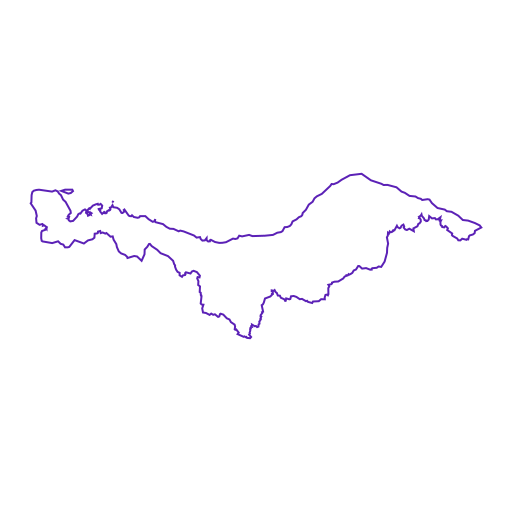 Buleleng, Bali, Indonesia (Natural Earth projection)
{"feature_id": "22746128B19337828575841", "entity_name": "Buleleng", "entity_type": "district", "adm_level": 2, "iso_a3": "IDN", "parent_name": "Indonesia", "parent_adm1": "Bali", "projection": "natural_earth1", "projection_center": [114.942, -8.222], "detail": "fine", "context": "isolated", "style": "outline", "palette": "violet", "viewbox_px": 512, "rotation_deg": 0, "n_neighbors": 0, "source": "geoboundaries", "source_scale": "gbopen_adm2", "svg_char_len": 6031}
<svg xmlns="http://www.w3.org/2000/svg" viewBox="0 0 512 512"><path d="M381.2,266.9L384.6,261.6L387.0,252.8L387.2,247.9L388.1,243.6L386.9,237.3L387.8,235.7L388.0,232.8L388.9,233.6L389.7,231.5L390.5,232.3L391.8,232.0L393.0,231.2L392.7,230.9L393.2,230.2L394.5,230.2L396.9,225.8L397.5,227.1L399.6,228.3L400.5,227.8L401.6,225.7L403.4,224.6L404.2,226.5L403.7,227.6L405.3,229.5L406.9,230.0L409.3,228.7L413.8,231.2L413.4,228.4L417.4,226.3L418.4,223.8L419.5,223.4L420.8,221.6L420.7,219.7L420.0,218.5L419.0,218.2L419.4,217.3L419.0,216.8L420.7,215.7L421.5,214.4L421.8,215.8L424.0,218.4L424.6,220.1L426.0,220.4L426.2,221.1L427.4,221.0L428.7,219.6L429.2,216.1L432.0,218.4L434.9,218.1L435.9,219.4L437.7,219.3L440.4,217.3L439.7,220.1L438.8,220.7L441.1,220.4L440.4,221.8L440.5,224.3L440.9,225.4L442.1,226.1L442.2,227.0L444.2,227.4L445.3,226.0L446.2,226.5L447.9,228.3L447.2,230.0L452.2,233.5L451.9,235.0L452.5,235.8L457.2,238.5L458.3,240.3L460.3,240.4L462.2,238.7L466.5,239.8L467.0,239.2L468.2,239.4L469.0,236.2L469.8,235.4L472.9,234.5L474.6,233.2L475.0,230.8L481.3,227.5L479.7,225.4L474.8,223.0L468.1,220.6L462.8,220.0L458.3,215.7L451.5,211.8L446.8,211.2L444.8,209.6L437.5,208.0L431.9,203.1L429.5,199.6L427.6,199.2L422.2,200.0L420.8,198.8L418.0,198.1L415.5,196.5L409.5,195.9L404.8,192.8L401.5,191.6L396.5,187.3L387.5,184.9L383.6,185.0L381.4,183.8L370.9,180.3L361.6,173.8L350.0,175.2L341.7,179.7L337.6,182.6L333.6,184.2L331.6,184.0L330.2,186.0L321.8,193.9L316.9,196.3L314.5,198.3L312.6,201.8L308.8,204.6L305.9,209.8L302.7,213.0L302.3,214.9L301.3,216.2L298.9,217.2L296.5,219.4L292.6,221.4L291.3,224.4L289.8,226.0L287.3,227.0L284.6,227.2L282.5,231.1L280.9,232.1L277.3,232.7L273.0,234.9L265.0,235.7L252.4,236.1L249.1,234.9L242.1,236.4L239.2,235.7L237.5,238.4L235.3,239.0L233.0,238.6L226.0,242.2L222.3,242.8L219.3,242.9L215.0,242.0L210.8,239.8L209.9,240.3L209.9,241.3L208.2,241.5L206.6,240.2L206.6,238.1L204.8,240.4L202.4,240.6L200.7,239.0L200.0,237.1L196.6,237.6L194.0,235.5L183.6,231.4L180.2,230.6L178.7,231.3L173.5,228.9L169.8,228.7L166.4,226.9L163.0,224.1L155.6,222.2L154.9,221.2L155.3,219.1L154.2,221.4L152.7,221.8L148.6,219.2L145.3,216.1L140.1,216.1L139.3,217.3L137.7,217.8L133.8,217.0L132.0,215.3L131.3,216.2L129.8,216.1L128.7,215.6L124.4,209.5L123.8,210.0L124.3,210.7L124.0,211.8L122.5,213.0L121.5,212.9L119.3,209.3L117.1,207.8L113.3,207.2L112.5,205.2L111.1,207.4L109.9,207.7L110.4,209.4L110.0,210.1L109.0,210.6L108.7,210.2L107.0,211.3L106.7,212.8L105.9,213.3L104.3,213.1L104.7,212.2L104.2,211.9L102.1,213.9L100.1,211.4L100.3,210.3L98.9,209.7L98.7,209.0L101.7,208.3L102.2,205.6L100.6,203.9L99.6,204.6L98.1,204.7L97.8,203.8L95.7,204.4L92.9,205.6L90.6,208.0L89.8,208.1L89.7,208.9L88.9,208.6L87.7,210.0L87.6,212.1L90.0,212.2L91.5,213.2L90.5,213.9L90.7,214.5L89.8,214.0L89.4,215.1L88.0,215.7L87.6,214.1L86.0,212.8L86.4,210.5L85.0,209.4L82.5,210.7L80.4,213.6L79.6,213.4L78.3,214.2L77.1,216.6L73.1,220.9L70.3,221.4L68.8,220.3L68.4,218.8L67.8,218.6L68.7,218.2L69.1,216.8L67.8,216.5L68.7,214.8L70.8,213.0L70.5,210.8L65.6,201.9L63.1,199.6L61.0,195.2L59.1,193.6L57.7,191.4L55.4,190.3L52.1,191.6L39.0,189.7L36.3,190.0L33.8,190.7L32.3,192.1L31.6,195.1L31.4,202.3L30.7,203.3L35.6,210.6L36.8,216.0L36.1,218.3L36.5,222.8L39.6,224.8L42.4,224.0L43.2,224.8L43.0,225.7L44.2,225.3L46.6,227.1L47.6,227.2L46.5,227.5L46.5,228.9L46.0,228.3L45.4,228.8L45.3,229.8L42.0,231.0L41.3,232.5L41.2,238.2L41.7,240.8L42.5,241.4L52.2,243.1L58.1,241.3L60.6,243.8L63.3,244.6L65.0,247.3L67.9,247.3L69.3,246.9L74.6,240.1L83.9,243.5L88.0,240.4L92.4,239.3L94.4,237.7L94.7,233.7L97.1,233.4L97.9,232.9L98.0,231.6L100.2,231.0L100.7,233.1L102.7,232.5L105.3,233.6L106.4,233.0L110.5,236.7L112.7,236.4L113.6,239.7L116.3,244.1L116.9,247.1L118.8,251.4L121.1,253.4L125.1,254.9L127.1,256.8L127.5,258.0L134.2,256.0L137.1,256.5L141.6,260.8L144.5,254.3L144.7,249.5L147.3,246.8L149.0,244.0L149.9,243.9L151.7,246.1L157.2,249.8L160.6,253.2L168.0,256.1L173.1,260.8L174.2,264.2L175.1,265.4L175.0,266.6L176.1,269.6L177.6,271.9L179.6,272.8L179.6,275.3L182.0,276.8L182.9,275.4L185.1,275.0L185.5,274.2L185.1,273.2L185.9,272.3L190.5,273.5L191.9,271.5L193.6,270.8L196.9,272.1L199.9,275.7L199.5,277.4L197.6,277.1L197.2,278.4L198.4,281.1L198.2,285.0L200.0,286.4L199.7,292.0L200.7,292.7L200.8,294.6L201.3,295.3L201.0,295.7L201.5,296.4L200.7,303.5L201.6,304.5L203.4,304.7L202.2,308.4L203.0,312.5L206.0,313.0L209.6,314.9L211.2,313.6L213.2,314.8L214.9,314.3L218.1,316.9L219.3,316.4L220.0,314.1L220.6,313.7L223.3,314.6L226.8,318.3L229.5,319.5L230.9,322.1L234.6,324.6L235.1,326.5L234.7,329.3L235.3,329.8L236.2,329.4L238.7,332.6L237.6,334.1L243.6,336.8L244.4,336.4L246.0,337.3L246.4,337.0L247.1,337.9L250.1,338.2L251.1,337.0L249.1,334.6L249.9,333.5L249.6,332.8L250.3,330.6L250.1,329.7L250.8,328.6L250.3,328.1L251.2,326.7L251.8,326.8L251.4,325.9L252.1,325.5L252.0,324.6L254.7,326.2L255.9,326.0L257.1,327.1L258.4,326.6L258.6,324.4L259.5,323.7L259.3,321.5L260.3,320.4L260.3,319.1L260.9,318.9L260.6,318.0L261.3,316.6L260.5,316.1L260.7,315.1L262.3,313.0L262.0,312.2L263.1,311.7L261.7,305.2L262.9,304.4L263.8,302.6L265.0,298.5L270.3,296.5L271.9,294.9L271.9,294.0L272.9,293.9L272.7,291.5L271.7,291.3L271.7,290.4L273.8,290.8L274.6,290.1L275.7,292.2L276.8,292.9L277.8,295.5L279.9,295.7L280.8,297.7L284.3,299.3L285.2,300.9L285.7,300.8L286.2,298.4L289.3,299.3L290.3,299.0L291.0,296.3L293.7,296.0L296.4,296.9L299.8,299.2L302.0,298.9L306.0,301.2L307.1,300.8L308.0,301.9L312.2,303.0L313.0,301.5L318.8,301.2L321.1,299.2L324.8,299.3L324.7,297.4L325.5,294.9L327.0,294.6L327.9,295.3L328.4,294.2L328.3,288.1L329.3,286.3L328.4,284.8L331.3,284.2L332.0,283.5L332.0,282.6L334.5,281.7L338.2,281.5L343.2,278.5L344.6,276.6L346.2,275.9L346.4,275.2L347.6,275.5L348.6,274.2L349.1,274.7L350.6,274.0L352.3,272.9L353.7,270.5L356.0,269.5L358.2,266.0L359.4,266.1L362.1,268.6L366.1,268.1L370.2,269.7L371.7,269.6L371.7,268.7L372.3,268.2L376.7,267.8L378.6,266.5L381.2,266.9ZM72.3,189.7L65.0,189.7L61.3,190.9L68.3,193.6L70.8,193.0L73.0,191.1L72.3,189.7ZM113.2,201.8L112.0,201.3L113.5,202.2L113.2,201.8Z" fill="none" stroke="#5b21b6" stroke-width="2"/></svg>